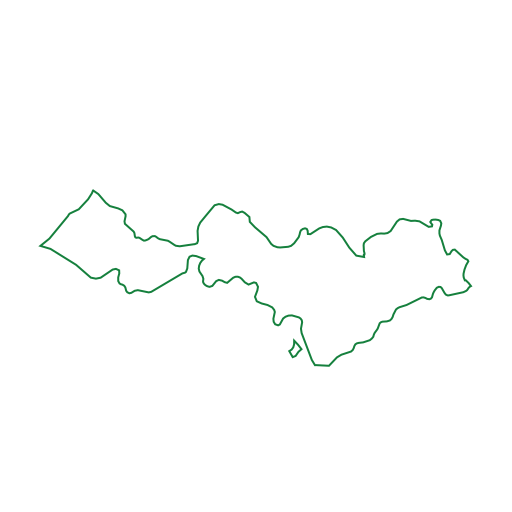 an SVG outline of Nord, rotated 327°
{"feature_id": "FRA-5330", "entity_name": "Nord", "entity_type": "Metropolitan department", "adm_level": 1, "iso_a3": "FRA", "parent_name": "France", "parent_adm1": "", "projection": "albers", "projection_center": [3.256, 50.528], "detail": "fine", "context": "isolated", "style": "outline", "palette": "green", "viewbox_px": 512, "rotation_deg": 327, "n_neighbors": 0, "source": "natural_earth", "source_scale": "10m", "svg_char_len": 3812}
<svg xmlns="http://www.w3.org/2000/svg" viewBox="0 0 512 512"><g transform="rotate(327 256 256)"><path d="M155.1,112.3L157.5,118.2L159.0,129.5L160.6,134.5L166.3,141.0L168.8,144.9L169.3,150.0L168.3,151.6L164.6,155.3L163.6,157.6L166.7,168.9L166.5,170.6L165.2,173.4L165.0,174.6L165.5,175.5L167.5,176.5L168.2,177.4L169.6,180.7L170.4,182.1L171.6,182.7L174.0,183.2L175.3,183.3L178.4,182.9L179.9,183.0L182.0,184.2L182.8,185.7L183.3,187.4L184.4,189.4L190.4,195.2L191.3,196.9L193.5,202.1L194.3,203.7L197.3,206.3L210.3,212.3L211.0,212.7L213.6,213.2L215.7,211.6L220.7,203.1L223.7,199.9L227.4,197.6L235.9,194.9L248.9,190.9L253.1,192.2L255.9,194.8L258.6,199.7L260.8,203.7L262.8,208.6L264.1,210.2L266.4,210.5L268.6,211.2L269.9,213.6L271.7,219.7L269.4,224.0L270.8,231.4L275.1,245.9L275.3,254.1L276.2,257.0L278.7,260.3L280.9,262.0L288.0,265.8L290.9,266.6L294.9,266.1L302.0,263.5L304.3,261.7L305.9,260.1L307.5,259.0L309.9,258.8L312.2,259.5L313.3,260.9L313.1,262.9L311.5,265.8L313.5,267.3L324.1,267.3L327.8,268.1L331.4,269.9L334.6,273.0L337.3,277.8L338.8,287.8L338.8,299.8L340.3,310.3L346.1,315.7L346.8,314.0L347.0,313.8L347.3,314.1L348.0,313.6L348.5,312.8L349.2,310.6L352.1,305.6L353.4,304.1L355.6,303.2L362.8,302.6L369.6,303.4L373.0,305.1L375.8,307.1L378.8,308.4L382.5,308.4L392.9,303.9L396.4,303.5L399.6,305.0L405.1,311.0L408.6,313.0L412.0,316.0L416.7,325.6L419.7,327.0L420.9,325.8L420.7,324.0L420.7,322.4L422.8,321.5L424.3,322.0L426.5,323.3L428.5,325.1L429.6,326.8L429.2,329.5L427.6,331.3L423.8,334.4L422.1,337.0L421.3,339.1L420.5,343.8L417.5,354.1L417.1,358.8L419.5,359.9L422.7,358.4L424.5,358.1L426.2,358.9L429.1,370.0L430.1,372.4L431.3,374.4L431.2,376.1L427.3,378.1L423.5,380.9L420.5,383.8L419.4,385.3L418.5,387.2L417.9,390.2L418.7,390.6L419.6,394.5L419.9,398.3L418.7,398.2L417.0,398.5L416.2,398.9L414.4,399.6L413.2,399.7L410.2,399.3L396.2,394.0L395.2,393.4L394.6,392.4L394.2,391.8L394.1,391.0L394.0,389.5L394.3,384.1L393.9,382.5L392.5,381.4L390.3,381.1L387.1,382.2L385.0,383.3L383.7,384.2L381.1,386.5L379.5,387.0L377.9,386.7L376.2,385.2L375.2,383.4L374.0,382.0L372.5,381.1L355.6,379.1L348.4,377.1L346.5,376.9L344.3,377.1L339.4,379.9L337.5,381.5L335.4,382.6L333.2,383.0L330.1,382.1L326.2,379.9L324.6,379.6L323.1,379.8L318.5,383.2L316.9,383.9L314.2,384.9L313.1,385.4L311.7,386.4L310.4,387.6L308.2,388.3L305.6,388.6L298.8,386.8L294.8,384.8L293.0,384.2L291.2,384.2L289.3,385.2L287.9,386.4L286.0,387.5L283.7,387.9L273.9,385.3L268.7,385.1L257.4,387.8L246.9,380.2L246.0,379.7L246.2,373.6L252.3,345.5L254.1,341.5L258.6,336.7L259.4,334.8L259.3,332.7L258.5,330.8L253.8,325.4L250.8,323.7L247.7,323.0L244.7,323.2L238.7,326.4L236.8,326.2L234.9,323.7L235.0,320.8L236.4,318.1L241.3,313.2L241.9,311.1L241.6,307.9L239.0,303.4L234.9,298.9L232.0,294.4L232.9,289.7L238.4,285.6L240.9,282.9L241.4,278.7L239.9,277.0L234.2,275.9L232.3,272.0L231.5,267.2L230.8,265.2L229.5,263.5L227.4,262.2L225.0,261.8L217.2,262.8L215.5,260.9L214.1,258.2L211.8,255.8L208.9,255.4L203.1,257.3L200.3,256.6L199.4,255.7L198.4,254.4L197.7,252.9L197.3,251.4L197.3,249.5L197.8,248.4L199.4,246.5L200.2,243.7L200.1,238.2L201.1,235.4L203.1,233.1L205.6,231.4L208.3,230.4L210.7,230.1L205.8,223.5L202.9,221.0L199.9,220.4L196.7,222.3L191.6,229.0L188.6,231.2L187.3,231.3L184.8,230.5L148.6,229.0L146.2,228.1L138.3,220.3L135.3,219.1L131.4,219.0L129.5,218.3L128.3,216.3L128.2,214.4L129.3,211.2L129.3,209.2L128.4,207.3L127.3,206.1L126.6,204.7L126.8,202.0L128.8,198.9L131.8,196.2L133.4,193.5L131.5,190.5L128.4,189.3L113.9,189.6L109.4,187.8L105.7,184.2L100.3,165.4L87.5,138.1L80.7,130.1L92.2,128.9L120.1,120.1L121.8,119.2L123.1,119.0L132.8,120.3L146.0,117.0L152.6,114.0L155.0,112.3L155.1,112.3ZM241.9,347.8L242.9,353.2L243.4,358.9L239.4,359.5L234.8,361.4L231.7,360.8L232.1,353.9L234.9,353.9L237.5,352.9L239.9,350.8L241.9,347.8Z" fill="none" stroke="#15803d" stroke-width="2"/></g></svg>